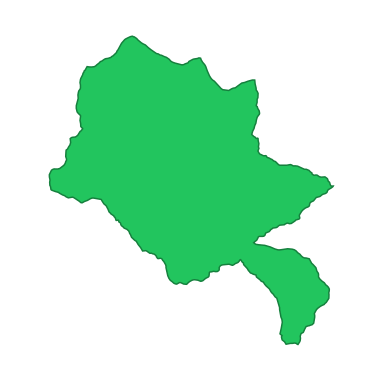 the district of Gakiling, Ha, Bhutan, rotated 266°
{"feature_id": "84629894B40252407393905", "entity_name": "Gakiling", "entity_type": "district", "adm_level": 2, "iso_a3": "BTN", "parent_name": "Bhutan", "parent_adm1": "Ha", "projection": "natural_earth1", "projection_center": [89.208, 27.137], "detail": "fine", "context": "isolated", "style": "filled", "palette": "green", "viewbox_px": 384, "rotation_deg": 266, "n_neighbors": 0, "source": "geoboundaries", "source_scale": "gbopen_adm2", "svg_char_len": 6011}
<svg xmlns="http://www.w3.org/2000/svg" viewBox="0 0 384 384"><g transform="rotate(266 192 192)"><path d="M76.4,321.1L80.1,321.5L81.9,321.4L83.8,322.0L85.6,322.2L87.5,321.4L89.1,320.1L90.1,318.9L92.2,317.7L94.0,315.5L96.2,313.5L98.3,312.3L101.0,312.5L102.2,312.3L104.2,311.1L107.9,310.3L111.3,307.6L112.5,306.4L117.2,304.3L118.3,300.9L118.2,300.0L119.2,297.9L120.8,296.4L122.3,295.4L123.9,293.4L126.2,291.5L127.3,289.9L128.0,287.9L128.7,283.5L128.1,275.5L128.3,273.7L129.4,270.7L131.7,266.3L133.7,260.9L134.7,254.9L135.4,251.9L137.1,250.0L138.3,251.5L139.3,253.1L141.3,254.4L142.4,254.9L142.8,255.4L143.0,256.0L142.8,259.2L142.9,260.5L143.6,261.6L145.8,262.6L146.1,263.1L147.1,266.2L148.4,267.6L149.0,267.7L149.4,268.8L150.4,270.3L150.6,273.5L151.1,274.7L152.3,276.1L152.8,277.2L152.9,281.8L153.6,282.8L154.3,284.6L154.3,285.2L153.6,287.0L153.7,288.9L155.9,292.7L156.8,293.6L157.6,297.0L158.0,297.5L159.2,297.7L160.3,297.4L161.5,297.5L165.0,300.0L166.3,301.3L167.7,303.3L168.3,304.4L169.1,306.9L169.8,307.9L170.3,308.2L172.1,308.6L173.1,309.2L173.8,310.3L174.7,312.6L177.9,315.6L178.6,319.3L180.4,321.9L180.8,323.1L181.0,324.4L181.5,325.6L182.2,326.6L183.8,327.3L184.8,328.1L186.5,331.5L187.6,333.0L188.1,333.3L188.1,332.1L188.3,331.3L188.6,330.9L189.7,330.4L191.7,330.0L192.2,329.8L193.2,328.7L195.6,328.1L196.4,327.4L197.8,325.7L197.8,321.9L198.4,320.1L200.1,318.0L200.3,316.8L200.2,315.0L200.3,314.5L201.8,312.9L202.7,312.9L203.7,311.6L205.4,310.2L206.7,307.6L206.8,306.0L207.0,305.4L210.4,299.2L210.8,297.3L211.0,294.7L212.0,293.3L212.5,292.0L212.1,288.5L212.6,281.2L213.4,280.1L216.5,277.4L217.3,275.7L219.0,273.9L219.5,272.7L220.3,271.7L221.3,269.3L222.7,268.7L223.1,268.1L223.1,266.5L223.3,265.5L224.3,263.9L225.0,262.5L225.6,261.9L228.2,260.6L230.9,261.8L232.3,261.4L235.6,262.1L238.4,261.6L240.8,261.6L241.1,261.2L240.9,260.2L241.0,259.7L242.2,258.9L243.0,257.6L245.2,255.6L248.5,256.8L251.0,258.3L253.8,259.2L256.2,260.5L259.5,261.3L261.9,262.2L262.7,262.7L264.9,264.6L265.8,264.9L268.2,264.7L270.8,263.4L272.7,263.0L273.3,262.2L273.8,262.1L276.9,263.2L279.8,263.4L281.5,264.3L285.8,264.8L287.7,264.1L289.4,263.1L291.2,263.2L295.5,262.5L299.3,262.4L299.5,260.0L298.6,255.5L297.6,252.1L297.2,249.2L292.9,242.4L292.7,240.3L292.1,238.6L290.7,235.8L291.9,229.8L293.2,228.2L301.0,222.0L302.3,220.3L303.9,219.0L306.5,217.6L311.7,215.7L316.4,214.4L318.2,213.5L320.6,211.7L323.1,210.4L324.9,209.9L325.3,208.3L324.8,206.6L324.5,203.1L324.3,202.2L322.5,198.1L321.1,197.0L320.3,194.0L319.7,192.8L319.6,191.8L319.5,190.9L321.8,184.0L323.0,181.3L323.6,180.7L323.9,180.0L325.9,178.6L328.1,175.9L329.1,173.6L330.5,171.2L330.9,169.6L332.1,168.0L332.6,166.2L336.6,161.2L339.2,158.3L341.9,155.8L343.2,153.5L344.4,151.8L347.5,148.6L349.0,147.5L350.8,145.2L350.8,144.6L351.5,143.7L351.5,142.6L351.2,141.2L350.2,138.6L349.3,136.5L348.7,135.5L345.3,132.1L339.0,128.1L337.8,127.0L336.4,126.4L333.3,122.7L332.8,121.5L331.9,120.4L331.2,117.7L331.0,115.2L330.6,114.0L328.8,111.0L328.5,109.7L327.2,108.4L325.3,105.6L324.6,104.9L323.8,103.2L323.7,100.5L323.9,98.3L324.4,96.1L320.9,93.8L320.3,92.9L318.9,92.4L318.1,91.6L316.7,91.2L313.2,89.1L312.1,88.6L308.9,87.9L306.5,88.2L303.5,88.0L302.4,87.5L300.7,86.1L299.3,85.6L296.8,85.0L293.3,85.0L286.2,82.6L283.5,82.4L279.9,83.0L278.0,84.3L277.0,85.4L275.7,86.2L271.3,85.3L267.7,85.7L265.3,85.6L264.2,86.2L263.1,87.3L262.6,87.3L260.6,85.4L260.2,84.6L256.6,82.0L255.8,80.9L255.0,79.5L254.9,76.2L254.3,74.9L253.7,74.2L249.8,74.4L247.4,73.5L245.5,72.0L243.5,70.8L242.6,69.4L241.7,69.2L236.2,68.5L233.8,69.1L232.7,69.1L231.0,68.1L229.4,67.5L227.6,66.1L224.7,61.7L224.3,59.7L224.6,55.9L224.2,54.5L223.5,53.3L219.2,50.9L216.9,50.8L213.8,51.2L211.7,50.7L208.5,50.7L208.0,51.0L206.6,51.3L204.2,51.5L203.6,52.2L202.0,55.7L201.0,58.6L200.0,59.8L198.1,62.7L197.2,64.7L196.1,65.9L194.8,68.2L195.2,72.5L194.7,73.6L190.9,78.6L189.1,80.5L188.9,81.7L190.1,84.2L190.9,87.1L192.5,90.4L192.9,92.0L192.8,93.4L191.1,100.2L190.8,101.0L189.4,101.6L186.3,103.3L184.3,105.4L180.7,107.0L177.9,107.9L176.4,109.3L176.0,109.4L173.7,112.3L172.8,112.6L172.0,113.4L171.6,113.6L169.0,114.3L168.9,114.8L169.1,116.3L168.9,116.7L167.2,117.0L166.4,118.2L166.0,118.5L164.3,118.8L163.3,119.3L162.0,120.8L160.7,121.8L159.3,124.5L157.7,126.0L156.8,126.5L155.1,126.9L153.7,127.7L151.1,128.5L147.9,131.4L146.7,133.0L143.4,134.6L140.2,136.8L136.6,138.6L136.7,141.9L136.4,142.5L134.1,145.3L133.8,145.8L133.8,147.3L133.2,148.2L132.7,149.8L132.3,150.4L131.0,151.7L129.6,152.1L129.4,152.4L128.3,152.9L127.9,153.5L128.1,155.8L128.0,156.4L127.4,157.3L125.7,158.1L124.9,158.9L121.3,160.6L120.1,160.9L118.3,160.8L110.2,162.0L107.4,163.0L105.4,164.2L103.7,166.2L102.3,167.5L101.8,168.4L101.4,169.3L101.2,170.4L102.4,172.8L102.5,173.8L102.2,174.8L100.8,177.2L100.3,180.0L100.5,180.5L101.7,181.8L102.9,183.5L104.0,186.0L104.3,187.5L104.3,188.5L103.6,191.8L102.7,193.6L102.3,194.6L102.7,196.5L104.9,199.6L106.1,202.4L106.6,202.9L107.5,203.2L110.4,203.7L111.0,204.3L111.0,206.0L111.4,207.9L110.9,210.1L110.9,211.7L111.6,213.0L112.4,213.7L114.9,213.9L116.2,214.9L116.9,216.1L117.2,217.5L117.4,223.9L116.1,227.0L116.1,227.5L116.6,228.7L117.6,230.2L118.3,232.5L118.6,233.1L120.0,234.5L120.8,234.9L121.1,235.8L118.3,237.4L117.7,238.3L115.9,238.5L111.8,241.8L109.5,242.9L108.7,243.7L107.6,244.3L107.1,244.8L106.4,246.4L105.7,247.3L104.7,250.1L102.9,250.3L102.4,250.7L99.6,253.8L98.2,254.8L97.1,256.9L95.0,258.0L93.1,259.4L90.0,262.4L87.0,263.8L85.8,264.6L84.7,265.7L81.6,267.6L80.2,269.2L70.6,271.3L68.5,271.2L61.1,272.0L58.7,272.8L55.7,273.0L49.7,271.5L44.4,269.9L43.8,270.3L42.5,271.8L41.2,271.1L38.2,271.6L36.1,273.9L33.6,275.2L34.1,279.4L34.0,281.9L34.2,283.8L33.6,285.6L32.7,286.4L32.5,287.1L35.2,289.1L36.4,289.6L38.5,290.0L40.6,289.9L42.9,290.8L43.3,291.2L44.1,293.0L44.5,293.4L47.2,294.8L49.8,296.4L50.4,298.8L50.5,299.9L50.9,300.9L51.2,302.5L52.6,304.2L58.2,305.6L59.9,305.8L62.3,305.6L65.9,307.9L67.2,309.3L68.9,311.9L69.7,313.6L70.6,316.0L71.5,316.8L72.6,318.3L76.4,321.1Z" fill="#22c55e" stroke="#15803d" stroke-width="1.5"/></g></svg>